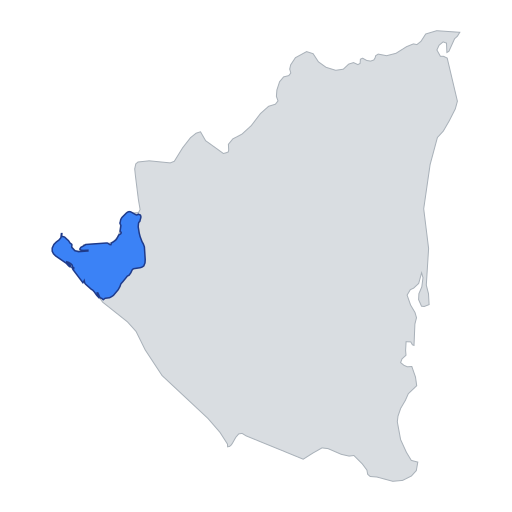 Chinandega highlighted on a map of Nicaragua
{"feature_id": "NIC-663", "entity_name": "Chinandega", "entity_type": "Department", "adm_level": 1, "iso_a3": "NIC", "parent_name": "Nicaragua", "parent_adm1": "", "projection": "natural_earth1", "projection_center": [-87.139, 12.876], "detail": "fine", "context": "in_parent", "style": "filled", "palette": "blue", "viewbox_px": 512, "rotation_deg": 0, "n_neighbors": 0, "source": "natural_earth", "source_scale": "10m", "svg_char_len": 3952}
<svg xmlns="http://www.w3.org/2000/svg" viewBox="0 0 512 512"><path d="M459.8,32.3L457.4,36.2L454.6,38.7L448.9,51.3L446.9,52.5L446.5,43.1L443.1,41.9L439.1,45.2L436.9,50.0L440.4,56.3L443.5,56.3L447.2,58.1L457.4,101.2L455.3,108.9L449.2,120.9L443.3,131.1L437.4,137.5L430.1,164.6L423.7,208.8L428.6,248.5L426.3,285.1L428.5,293.8L429.1,304.6L424.2,306.5L421.5,306.2L418.6,299.6L418.9,293.7L421.8,286.9L423.0,277.7L421.6,272.8L418.7,283.4L413.7,288.1L410.3,289.7L407.1,295.1L410.6,305.1L415.0,312.5L416.5,317.7L414.9,324.0L414.0,345.4L412.4,344.8L410.8,341.9L406.1,341.7L405.6,350.4L406.0,355.2L402.0,358.9L400.6,362.6L403.9,365.3L407.4,366.8L411.8,366.5L415.5,377.1L416.7,385.7L408.3,393.7L405.4,400.3L400.7,408.3L398.0,416.1L397.3,421.8L400.6,439.6L406.4,452.3L411.3,460.4L417.8,462.1L416.3,470.6L411.4,476.0L402.6,480.4L392.8,481.3L376.8,477.0L370.2,476.5L367.7,474.3L366.9,470.1L362.3,463.9L353.9,455.5L349.1,456.1L341.2,454.3L328.0,448.6L322.0,447.9L313.3,452.8L303.2,459.2L278.8,449.2L261.6,442.2L246.2,435.9L242.1,433.4L238.7,433.9L235.8,437.3L232.5,443.1L231.4,444.8L229.6,446.4L227.6,446.8L227.5,444.1L220.0,432.4L208.0,418.5L162.1,375.6L145.2,349.9L136.1,331.5L127.5,321.9L102.7,302.2L97.0,294.4L72.5,268.1L53.8,252.7L53.6,246.2L61.3,238.0L65.0,238.4L69.1,244.2L75.7,250.9L78.9,250.9L83.5,247.8L83.6,244.7L108.7,243.5L113.2,241.7L117.8,236.9L120.1,230.2L120.5,223.6L121.4,219.0L125.5,214.4L132.8,213.0L138.5,212.6L140.1,209.5L138.4,199.6L135.4,175.6L134.7,168.9L135.8,163.9L138.0,162.0L149.2,160.8L170.2,162.9L174.3,161.3L182.7,147.7L190.5,137.7L196.1,133.2L200.5,131.8L205.6,140.7L223.4,153.5L226.4,152.7L228.2,152.0L228.7,150.2L228.4,144.3L232.8,138.9L242.0,134.1L251.3,125.6L260.5,113.5L268.6,106.3L275.4,104.2L278.0,100.9L276.4,96.4L276.9,90.0L279.6,81.7L283.6,76.9L288.8,75.6L290.8,73.0L289.7,69.1L290.7,64.8L295.4,57.7L306.6,51.6L313.1,53.7L318.4,61.8L326.0,67.3L335.7,70.3L343.3,69.2L348.7,64.1L353.5,62.6L357.9,64.6L360.1,63.4L360.4,59.2L362.6,58.2L366.8,60.5L370.6,61.1L373.8,60.0L375.1,57.9L375.7,55.7L378.2,54.1L386.6,55.7L396.0,53.3L406.5,46.7L413.4,43.9L416.9,44.6L421.0,41.3L425.7,34.0L436.7,30.7L459.8,32.3Z" fill="#d9dde1" stroke="#a8b0b8" stroke-width="1"/><path d="M136.7,215.0L137.5,214.7L138.2,214.2L138.3,214.4L140.0,214.8L140.5,215.3L140.8,216.2L140.9,217.0L140.8,217.6L140.7,218.2L140.6,218.4L139.8,221.4L138.8,222.4L138.7,222.5L138.5,223.5L138.2,226.8L139.2,233.0L140.1,236.6L142.0,241.6L143.3,243.9L144.4,246.9L145.2,259.6L145.0,262.9L143.8,265.9L142.2,267.0L141.5,267.3L140.2,267.7L133.7,268.7L132.7,269.3L132.1,270.0L130.8,272.8L129.1,275.2L127.3,276.1L125.1,278.9L122.8,281.7L121.1,283.6L120.7,284.3L120.0,286.4L118.2,289.7L113.5,295.3L112.7,295.9L111.1,296.9L109.6,297.7L105.1,298.3L103.2,299.7L101.8,298.4L100.6,298.0L99.8,297.3L97.8,292.9L97.2,292.9L98.1,296.8L96.7,295.3L94.3,291.9L92.6,290.0L91.4,289.4L85.8,284.4L85.0,283.5L84.6,282.5L84.2,280.6L83.9,281.2L83.2,282.2L82.9,282.7L73.0,269.6L71.8,266.8L72.2,267.3L72.6,267.6L73.7,268.3L73.7,267.6L73.2,267.4L72.4,266.8L72.4,266.2L72.2,265.1L70.7,263.6L68.7,262.4L66.8,261.8L66.8,262.5L69.2,264.3L70.5,265.6L70.5,266.8L69.6,266.7L68.3,265.5L66.3,263.3L55.7,256.0L53.5,253.8L52.2,251.2L52.2,248.1L53.9,244.4L56.4,241.9L59.0,240.0L60.9,237.7L61.4,233.6L61.9,233.6L61.7,235.9L61.4,236.5L62.4,236.5L63.6,236.7L64.6,237.1L65.1,237.5L65.5,237.9L67.8,240.1L68.4,240.5L70.0,243.0L70.4,243.3L71.5,244.1L71.8,244.4L71.9,245.1L71.7,246.7L71.8,247.4L74.8,250.7L78.6,251.7L87.9,251.0L87.9,250.2L83.2,250.4L80.9,250.1L79.8,249.1L80.8,247.4L85.1,245.0L85.7,244.5L106.4,243.0L107.7,243.1L109.8,244.6L110.9,244.7L111.4,243.0L113.3,241.9L115.6,240.2L116.6,239.0L118.7,235.2L119.2,234.7L120.5,234.0L121.0,233.4L121.2,232.4L120.9,232.0L120.4,231.8L120.1,231.1L120.9,225.6L120.8,225.3L120.1,223.6L119.9,223.0L120.1,222.7L120.7,219.7L121.4,218.3L122.1,217.3L126.4,213.0L127.6,212.1L129.1,211.6L130.6,211.8L135.8,214.7L136.7,215.0Z" fill="#3b82f6" stroke="#1e3a8a" stroke-width="1.5"/></svg>